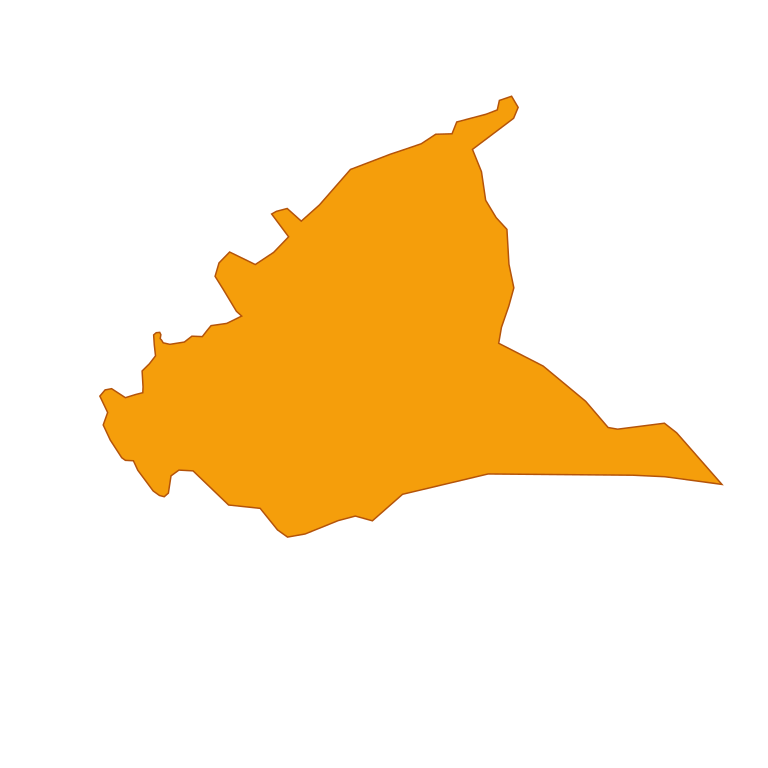 outline of Banamba, Koulikoro, Mali, rotated 68°
{"feature_id": "8926073B21738268784100", "entity_name": "Banamba", "entity_type": "district", "adm_level": 2, "iso_a3": "MLI", "parent_name": "Mali", "parent_adm1": "Koulikoro", "projection": "equal_earth", "projection_center": [-7.411, 13.87], "detail": "fine", "context": "isolated", "style": "filled", "palette": "amber", "viewbox_px": 768, "rotation_deg": 68, "n_neighbors": 0, "source": "geoboundaries", "source_scale": "gbopen_adm2", "svg_char_len": 1322}
<svg xmlns="http://www.w3.org/2000/svg" viewBox="0 0 768 768"><g transform="rotate(68 384 384)"><path d="M506.5,446.0L493.2,408.1L506.4,321.2L561.8,187.4L575.2,158.3L603.7,108.3L539.0,130.9L525.4,138.7L513.4,184.3L508.3,192.5L475.6,203.5L427.0,229.7L389.2,262.4L375.5,253.9L358.4,239.0L343.5,227.6L319.8,223.3L286.7,212.1L271.7,217.7L251.7,220.9L223.7,214.1L199.6,214.1L186.2,164.3L177.8,156.0L165.0,157.9L164.3,170.8L172.3,176.3L172.1,188.3L168.3,218.4L177.5,227.2L171.8,242.5L175.2,259.5L173.8,284.4L173.3,292.1L172.5,334.7L193.8,376.8L202.0,399.7L185.0,408.0L183.6,419.1L184.3,424.5L211.8,417.3L220.6,437.0L225.0,458.6L203.8,477.7L209.9,491.6L220.9,500.3L235.6,497.7L261.3,493.6L267.7,490.5L268.9,507.1L265.1,522.5L268.1,528.0L272.0,534.7L267.7,544.2L270.3,553.4L267.0,567.7L263.1,573.3L260.0,573.8L258.1,574.5L254.7,572.4L252.1,572.6L251.1,576.0L252.2,579.2L261.9,582.4L272.3,585.3L277.4,594.0L281.3,603.4L296.4,608.5L301.7,610.9L300.7,618.2L299.8,628.9L286.3,638.3L285.0,644.8L288.8,652.0L306.9,650.9L316.8,659.7L333.5,658.8L354.1,654.8L357.9,652.4L361.3,645.1L371.7,644.6L396.7,638.1L403.2,634.0L406.2,630.0L404.4,624.8L389.4,615.9L387.0,606.4L393.0,593.6L438.0,573.4L452.9,545.4L479.4,537.4L489.8,530.8L493.5,513.3L493.5,477.7L495.7,460.1L506.5,446.0Z" fill="#f59e0b" stroke="#b45309" stroke-width="1.5"/></g></svg>